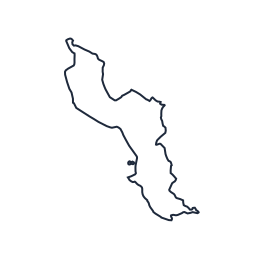 Malawi, Mercator projection, rotated 159°
{"feature_id": "MWI", "entity_name": "Malawi", "entity_type": "country or territory", "adm_level": 0, "iso_a3": "MWI", "parent_name": "Africa", "parent_adm1": "", "projection": "mercator", "projection_center": [34.097, -13.263], "detail": "fine", "context": "isolated", "style": "outline", "palette": "slate", "viewbox_px": 256, "rotation_deg": 159, "n_neighbors": 0, "source": "natural_earth", "source_scale": "50m", "svg_char_len": 2939}
<svg xmlns="http://www.w3.org/2000/svg" viewBox="0 0 256 256"><g transform="rotate(159 128 128)"><path d="M99.7,147.4L98.2,145.5L97.1,146.0L95.5,147.3L94.6,147.7L94.1,147.7L93.9,147.3L93.5,146.5L92.3,143.9L90.9,142.1L89.4,141.4L88.2,140.6L88.7,139.8L89.3,139.2L89.0,138.7L88.4,137.8L85.7,136.5L85.7,136.0L88.0,134.9L89.5,133.6L90.5,132.4L91.7,129.7L92.7,127.0L93.5,126.1L93.8,124.4L93.6,122.3L94.1,119.8L94.4,117.4L93.6,116.4L92.9,114.8L93.7,112.0L94.9,110.1L100.7,108.1L104.8,106.3L105.7,105.6L107.0,104.0L107.8,102.5L107.3,102.1L104.1,102.0L103.3,101.5L101.0,96.2L102.3,90.2L102.4,87.8L102.3,84.9L101.9,82.8L100.9,81.9L100.3,80.7L100.5,77.6L101.4,77.2L103.4,73.1L104.3,70.6L103.2,68.7L102.1,65.9L101.5,64.1L101.2,63.5L102.0,62.4L103.4,61.4L104.9,61.1L106.6,60.6L111.7,55.5L111.7,54.5L110.8,52.7L108.9,50.1L108.5,49.1L108.2,46.0L107.5,45.0L104.7,42.9L102.5,40.7L103.2,38.5L103.6,36.0L102.5,34.7L100.9,33.3L99.9,31.2L99.5,29.7L98.2,29.1L97.1,29.1L96.3,30.1L95.3,30.0L94.2,29.6L93.9,28.3L93.8,26.9L93.1,26.0L92.3,24.6L92.3,23.9L92.7,23.7L93.7,23.6L97.8,26.3L100.3,26.4L103.0,26.9L105.4,29.3L106.6,29.6L108.2,29.2L112.7,29.0L114.5,29.3L116.8,30.7L117.7,30.9L119.1,31.0L119.4,30.6L119.5,29.8L119.3,28.1L119.6,27.2L120.5,26.3L122.9,27.4L129.0,32.5L129.2,33.2L133.1,38.3L134.4,40.5L134.4,41.6L135.6,46.1L135.8,48.2L135.6,49.8L135.6,51.1L136.1,52.9L135.9,53.7L137.3,56.4L138.0,58.6L138.1,60.8L137.7,63.0L136.5,66.1L136.3,67.4L136.6,68.5L137.4,69.8L138.7,71.1L139.7,72.8L140.4,74.7L140.9,75.5L141.6,75.5L142.9,75.8L144.0,76.9L145.2,78.8L145.6,81.0L145.8,81.9L142.3,81.8L137.9,82.2L136.8,83.0L136.5,84.9L135.1,88.7L134.4,90.2L132.8,92.8L130.5,96.4L130.0,97.6L130.1,98.8L131.4,103.8L132.8,109.1L133.3,111.1L134.3,118.1L134.9,123.0L134.9,125.9L135.4,129.8L136.7,131.9L138.0,133.2L142.9,134.0L144.4,135.0L147.2,137.4L153.4,144.3L156.7,148.7L159.7,152.5L165.0,159.7L169.1,165.3L169.6,170.5L170.3,171.3L168.9,175.1L168.0,181.4L168.7,185.6L168.4,192.7L167.6,200.3L166.7,203.0L165.5,204.1L162.6,204.9L156.3,205.8L155.3,206.7L154.5,208.2L153.2,211.7L151.7,215.2L151.2,216.8L151.5,217.1L152.9,218.9L154.2,223.5L154.5,231.5L154.0,232.1L152.1,232.4L150.1,232.3L149.3,231.9L148.6,231.0L148.0,229.3L149.3,228.1L149.8,226.0L149.0,224.3L147.3,223.9L145.1,222.2L140.5,216.9L136.7,213.2L134.5,210.2L132.2,208.9L131.5,208.2L131.0,206.9L131.0,205.0L131.2,203.6L130.5,202.1L128.2,199.7L127.1,198.4L127.1,196.8L128.0,195.3L130.0,193.4L131.5,189.6L132.0,187.2L134.8,182.3L135.2,178.0L135.2,174.6L135.1,172.1L134.4,166.9L133.9,163.3L130.5,158.6L129.3,158.1L126.1,158.6L123.3,159.2L121.9,160.2L119.8,160.3L114.3,161.1L112.6,161.4L111.6,162.3L111.1,162.5L107.6,158.8L104.6,154.9L100.7,148.2L99.7,147.4ZM139.5,96.2L138.6,96.4L138.0,95.9L138.1,94.5L138.5,93.4L139.4,93.3L140.0,93.5L140.5,94.0L140.5,94.8L140.2,95.6L139.5,96.2ZM137.5,93.6L136.9,95.0L135.8,95.0L134.8,93.7L135.2,92.7L136.1,92.4L137.0,92.8L137.5,93.6Z" fill="none" stroke="#1e293b" stroke-width="2"/></g></svg>